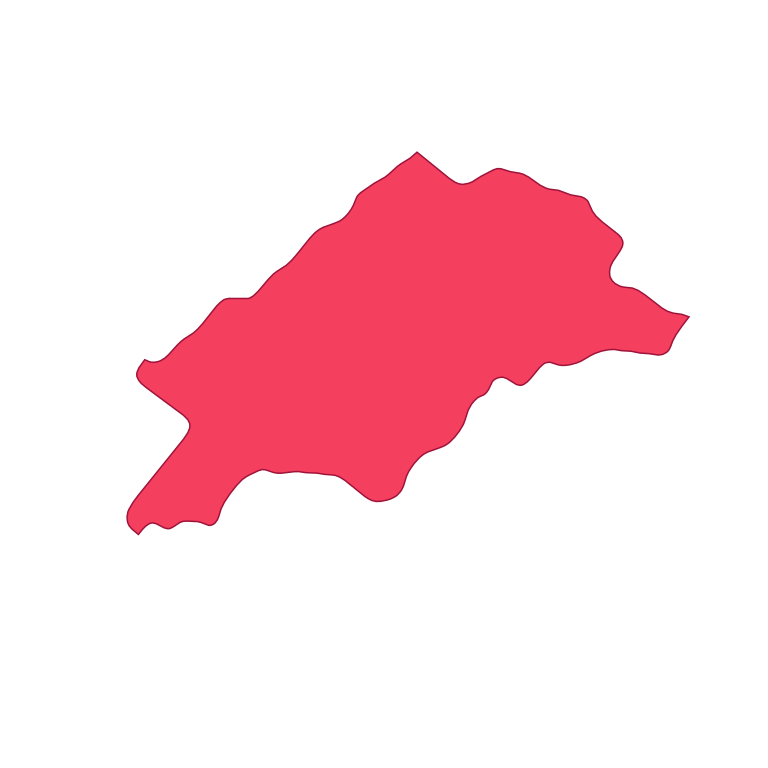 Consuelo, San Pedro de Macorís, Dominican Republic (Equal Earth projection), rotated 218°
{"feature_id": "3306468B14471946980605", "entity_name": "Consuelo", "entity_type": "district", "adm_level": 2, "iso_a3": "DOM", "parent_name": "Dominican Republic", "parent_adm1": "San Pedro de Macorís", "projection": "equal_earth", "projection_center": [-69.258, 18.6], "detail": "fine", "context": "isolated", "style": "filled", "palette": "rose", "viewbox_px": 768, "rotation_deg": 218, "n_neighbors": 0, "source": "geoboundaries", "source_scale": "gbopen_adm2", "svg_char_len": 3147}
<svg xmlns="http://www.w3.org/2000/svg" viewBox="0 0 768 768"><g transform="rotate(218 384 384)"><path d="M484.9,114.2L484.8,120.9L484.3,125.2L483.1,129.1L482.1,130.8L480.7,132.2L477.4,133.7L468.7,135.3L465.5,136.7L464.1,137.9L463.2,139.3L461.8,142.5L459.5,149.5L457.5,152.4L454.8,154.7L446.2,160.8L443.1,162.2L435.4,164.6L434.0,165.5L432.9,166.9L432.0,168.6L431.6,170.5L431.7,174.5L432.7,178.0L435.5,185.2L437.0,192.4L437.8,202.9L437.7,213.5L436.9,221.3L435.6,225.8L434.0,229.6L429.6,238.4L427.5,241.4L424.6,243.4L416.5,246.3L413.1,248.1L409.9,250.6L400.7,259.7L397.5,262.3L390.9,266.1L381.8,272.6L375.2,276.2L369.1,280.3L365.9,282.1L362.0,283.3L355.7,284.0L330.1,283.6L325.9,283.9L321.7,284.8L317.9,286.6L314.6,289.3L310.3,294.2L307.8,297.9L305.9,302.0L305.2,304.3L304.8,309.0L304.9,311.2L305.8,315.5L309.4,324.9L310.6,329.8L311.1,335.0L311.3,340.3L310.7,348.2L309.5,353.2L307.6,357.5L300.4,368.8L298.2,372.8L296.6,377.5L295.6,385.3L295.6,393.3L296.6,401.1L298.0,405.6L301.6,415.3L302.6,422.0L302.5,426.3L301.9,430.3L301.3,432.0L298.5,437.3L298.0,440.6L298.2,444.1L300.0,452.1L300.0,453.9L299.6,455.8L298.1,459.0L295.7,461.6L294.3,462.6L290.7,463.9L279.5,465.1L276.1,466.6L274.7,468.0L273.6,469.8L272.4,473.9L271.9,478.5L271.5,492.9L270.8,497.3L270.1,499.4L269.0,501.1L266.5,503.4L258.6,506.3L255.3,508.1L252.1,510.8L249.1,513.9L245.1,519.3L242.8,523.3L238.7,533.7L236.6,538.0L232.8,543.9L228.4,549.0L224.0,552.9L217.2,556.6L209.7,561.8L201.2,566.1L193.6,571.2L185.8,575.6L183.3,578.1L182.3,579.5L180.8,582.9L180.5,584.9L180.5,586.8L181.3,590.3L183.0,595.6L184.2,602.3L184.8,612.1L185.0,624.7L192.1,622.3L199.9,617.8L205.5,615.8L211.7,615.0L233.1,614.9L241.5,614.2L247.4,612.5L255.0,607.8L258.4,606.3L263.9,605.4L267.5,605.8L271.1,607.2L272.7,608.3L275.3,611.2L277.4,614.8L278.1,616.8L279.1,621.6L279.9,633.6L280.6,638.1L281.3,640.1L282.4,642.0L283.8,643.5L287.2,645.3L291.0,646.0L311.9,646.1L320.4,646.8L326.3,648.5L335.5,653.4L337.2,653.8L340.7,653.8L344.0,652.9L353.3,648.0L365.8,644.0L373.5,639.4L377.1,638.0L383.1,636.8L397.5,636.1L403.5,635.0L407.0,633.6L414.8,629.3L424.6,625.5L427.4,623.4L429.5,620.3L435.3,607.7L438.9,597.7L440.9,594.2L444.8,589.8L448.3,587.8L452.4,586.7L458.8,586.2L500.7,587.0L502.5,577.9L506.2,568.0L507.4,563.7L509.4,552.2L510.5,547.7L515.3,536.1L520.2,520.4L520.7,516.7L520.6,514.8L518.1,505.7L517.4,501.4L517.2,496.8L517.5,492.1L518.4,487.5L519.2,485.3L521.3,481.3L528.5,469.8L530.3,465.6L531.5,460.7L532.2,453.1L532.5,432.3L532.9,424.5L534.1,417.2L537.6,407.2L538.8,402.7L539.6,395.2L540.2,379.9L541.2,372.9L542.8,368.9L544.0,367.5L558.8,356.0L561.2,353.3L562.2,351.5L563.3,347.2L563.9,342.5L564.1,319.4L564.7,311.7L565.6,306.8L569.1,296.8L570.2,292.3L570.9,287.2L571.8,274.3L572.7,269.3L574.3,265.0L575.3,263.3L577.8,260.2L580.7,258.0L582.4,257.2L587.5,255.8L587.1,245.9L585.9,241.4L584.8,239.4L583.2,237.7L579.6,235.9L575.5,235.0L568.9,234.8L522.8,235.9L516.6,235.1L512.9,233.3L511.3,231.7L510.0,229.6L508.6,225.0L508.0,217.2L509.1,144.8L508.9,136.3L507.8,128.2L507.1,125.6L504.7,121.1L501.5,117.7L499.6,116.4L497.6,115.4L493.5,114.5L484.9,114.2Z" fill="#f43f5e" stroke="#9f1239" stroke-width="1.5"/></g></svg>